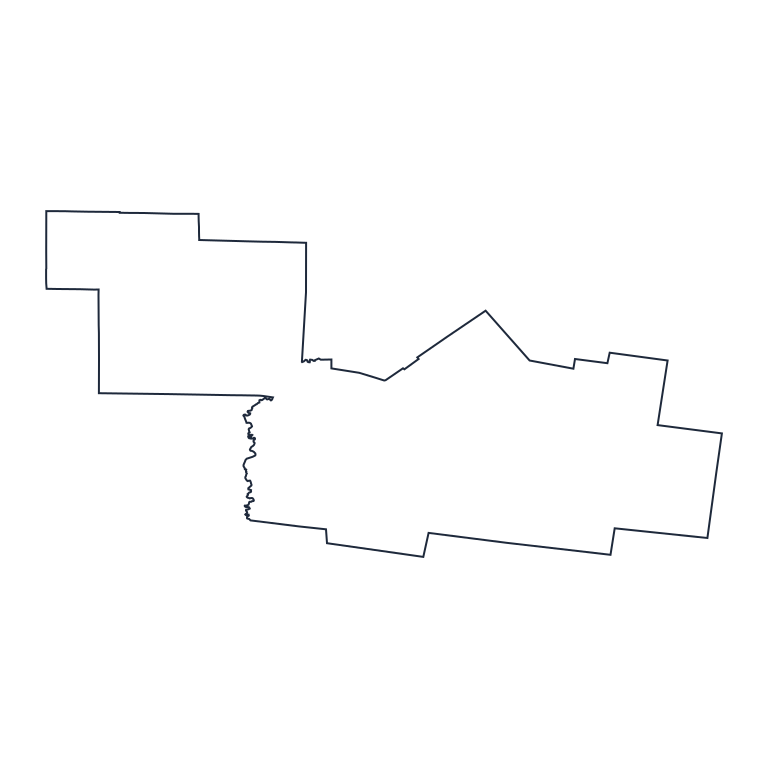 outline of Giurgita, Dolj, Romania
{"feature_id": "2599482B97852940082202", "entity_name": "Giurgita", "entity_type": "district", "adm_level": 2, "iso_a3": "ROU", "parent_name": "Romania", "parent_adm1": "Dolj", "projection": "robinson", "projection_center": [23.602, 44.033], "detail": "fine", "context": "isolated", "style": "outline", "palette": "slate", "viewbox_px": 768, "rotation_deg": 0, "n_neighbors": 0, "source": "geoboundaries", "source_scale": "gbopen_adm2", "svg_char_len": 4949}
<svg xmlns="http://www.w3.org/2000/svg" viewBox="0 0 768 768"><path d="M707.4,538.0L716.3,472.6L721.9,433.4L657.6,425.1L667.6,360.5L629.0,355.3L609.7,352.7L607.4,363.2L575.0,359.0L573.4,368.7L529.6,360.5L485.6,310.7L446.8,337.0L417.3,357.4L418.6,359.0L404.4,369.3L403.0,368.3L385.6,380.2L384.2,380.5L375.3,377.7L359.2,372.8L331.4,368.4L331.4,359.5L320.8,359.7L318.8,358.5L314.7,360.3L314.7,360.9L313.6,360.9L313.3,360.7L312.3,359.9L310.1,359.6L309.8,360.1L309.6,360.6L309.9,361.8L309.7,362.3L308.2,362.1L307.6,361.7L307.0,360.2L306.2,359.9L305.6,359.8L303.8,361.4L302.1,362.1L301.9,361.9L306.0,292.4L306.1,242.8L302.5,242.7L296.7,242.5L291.5,242.4L282.3,242.1L275.6,241.9L262.1,241.7L246.3,241.3L235.8,241.0L224.5,240.7L199.2,240.0L199.2,238.1L199.1,236.8L199.0,231.4L199.0,228.6L199.0,227.0L198.7,221.0L198.6,216.2L198.6,214.6L198.6,213.9L191.9,213.8L179.9,213.8L173.7,213.8L151.7,213.2L144.0,213.0L128.1,212.9L121.7,212.8L119.7,212.8L119.7,212.0L98.2,211.8L87.4,211.7L71.8,211.4L65.0,211.2L46.3,211.1L46.2,249.4L46.2,251.9L46.3,268.2L46.3,268.7L46.1,269.2L46.1,271.0L46.1,274.3L46.1,278.4L46.2,283.3L46.6,288.8L57.7,289.0L79.7,289.2L90.5,289.5L94.3,289.6L98.6,289.5L98.6,289.8L98.5,294.9L98.7,325.3L98.9,332.8L99.0,360.1L98.9,393.2L169.3,394.1L209.2,394.8L232.0,395.2L242.7,395.3L248.2,395.4L255.0,395.5L259.0,395.6L260.4,395.7L263.3,396.0L268.9,396.8L272.9,397.4L272.5,398.2L272.4,398.8L271.9,399.7L271.3,400.3L270.8,400.4L270.5,400.2L270.2,399.7L269.8,399.1L269.2,398.9L268.3,399.1L267.3,399.4L266.8,399.3L266.4,398.9L265.8,398.3L265.4,398.0L265.0,398.0L264.6,398.1L263.7,398.9L262.2,400.0L261.6,400.2L261.3,400.1L261.0,399.9L260.6,399.9L260.1,399.9L259.4,400.3L259.4,401.1L259.4,402.5L258.0,403.0L256.7,404.2L256.1,404.3L255.8,404.6L253.8,405.9L252.6,406.6L252.1,407.2L252.0,407.7L252.3,408.1L252.2,408.5L251.7,409.3L251.7,409.9L251.1,410.4L250.3,410.7L248.8,410.8L247.9,411.0L247.6,411.8L247.8,412.0L248.4,412.8L249.2,413.1L250.2,413.3L250.2,413.8L249.8,414.5L248.7,415.1L248.0,415.4L247.1,415.6L246.4,415.5L245.9,415.2L245.7,414.8L245.3,414.6L244.6,414.6L243.9,414.8L243.6,415.1L243.4,415.6L243.6,415.9L243.9,416.2L244.4,416.7L244.6,417.6L245.0,418.8L246.0,421.2L246.4,422.3L246.5,422.8L247.2,422.9L247.9,422.8L248.4,422.7L248.9,422.8L249.5,422.8L250.2,423.1L250.9,423.6L251.0,423.8L251.2,424.4L251.8,425.7L252.0,426.4L251.3,427.2L250.4,427.9L249.4,428.4L249.2,428.4L249.0,428.7L248.8,428.9L248.7,429.2L248.7,429.5L248.9,430.1L249.2,431.5L249.4,431.9L249.6,432.1L249.7,432.3L249.7,432.5L249.3,432.6L248.6,433.0L248.3,433.4L248.3,433.7L248.3,434.0L248.9,434.6L249.4,434.8L250.1,435.0L250.4,435.2L250.8,435.1L251.4,434.9L251.6,434.8L252.0,434.8L252.3,435.0L252.2,435.1L252.0,435.3L251.7,435.5L251.6,435.8L251.4,436.2L251.3,436.4L251.2,436.8L251.0,437.1L250.7,437.5L250.1,436.8L249.5,436.4L249.1,436.4L248.6,436.4L248.2,436.4L248.2,436.8L248.7,437.8L249.1,438.2L249.7,438.3L250.8,438.6L251.7,438.6L252.4,438.6L253.1,438.3L253.7,437.9L254.1,437.8L254.7,438.0L255.0,438.5L255.0,438.9L254.8,439.4L254.3,439.7L253.9,440.0L253.6,440.5L253.5,441.3L253.7,442.0L254.1,442.3L254.5,442.7L254.6,443.3L254.0,444.9L252.9,446.0L251.3,447.0L250.0,449.3L249.9,449.7L250.4,450.6L250.8,450.8L251.6,450.8L252.9,451.3L254.0,452.0L254.8,452.9L255.3,453.4L255.5,454.4L255.3,455.4L254.8,455.7L252.6,456.8L248.9,458.0L246.7,458.7L245.4,460.2L245.1,461.3L244.1,463.5L243.5,465.1L243.6,466.4L244.6,467.9L244.8,469.1L245.1,469.2L245.7,469.2L245.9,469.4L246.2,469.7L246.0,470.0L245.8,470.5L246.0,471.0L246.3,471.4L246.0,471.8L246.0,472.0L246.3,472.7L246.8,473.4L246.5,473.9L246.1,475.1L245.9,476.1L245.5,476.7L245.3,477.2L245.4,478.3L246.4,479.9L247.3,480.9L247.8,481.1L248.5,480.8L250.0,480.6L250.2,480.8L250.4,481.2L250.9,482.6L251.0,483.4L251.5,484.6L251.4,485.5L250.1,486.6L248.3,488.2L248.3,488.7L248.4,489.4L249.9,489.7L250.8,490.0L251.0,490.1L250.9,490.4L250.8,490.6L251.0,490.8L251.1,491.4L251.0,491.8L250.2,492.3L249.5,492.4L249.0,492.7L248.3,493.5L247.6,494.1L247.7,494.4L248.0,494.7L247.9,495.0L247.6,495.5L247.1,496.1L246.7,496.7L246.8,497.0L247.5,497.6L248.2,497.9L248.8,497.9L249.6,498.4L250.1,498.3L250.5,498.1L251.0,498.1L252.0,498.0L252.4,498.2L252.8,498.4L253.3,499.1L253.7,499.9L253.8,500.5L253.5,501.0L253.0,501.1L251.7,501.3L251.1,501.8L250.6,501.8L249.6,501.8L249.2,502.2L248.9,503.6L248.5,504.7L247.6,505.2L246.1,505.6L244.8,505.6L244.7,505.8L244.8,506.2L245.4,506.8L246.1,507.0L246.9,507.0L248.1,507.1L248.7,507.1L249.0,507.3L249.3,507.6L249.5,508.2L249.7,508.6L248.4,509.3L247.7,509.4L246.1,509.7L246.0,510.2L246.0,510.6L246.2,510.9L246.7,511.4L247.0,512.0L247.2,512.9L246.9,513.2L246.3,513.6L245.6,514.1L245.3,514.5L245.8,515.0L246.2,515.2L246.7,515.3L247.5,514.9L248.6,514.7L248.8,515.6L247.9,516.2L247.1,516.8L247.0,517.5L247.1,518.0L247.1,518.4L247.5,518.6L249.2,519.0L250.5,520.4L298.8,526.4L326.0,529.3L327.0,543.2L423.3,556.9L428.6,532.9L506.5,542.8L610.5,554.8L614.7,528.3L707.4,538.0Z" fill="none" stroke="#1e293b" stroke-width="2"/></svg>